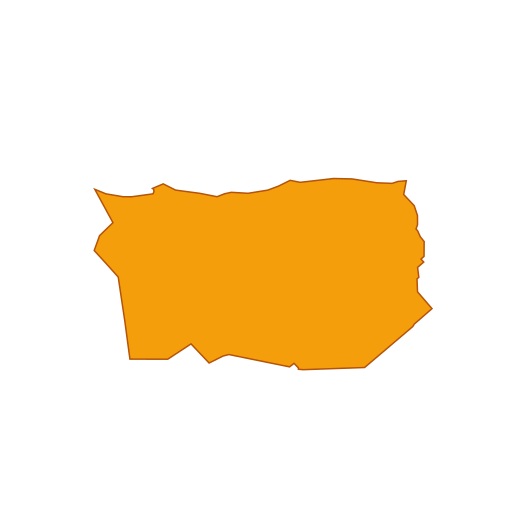 Orange, California, United States of America, rotated 139°
{"feature_id": "52423323B24970459595653", "entity_name": "Orange", "entity_type": "district", "adm_level": 2, "iso_a3": "USA", "parent_name": "United States of America", "parent_adm1": "California", "projection": "mercator", "projection_center": [-117.816, 33.667], "detail": "fine", "context": "isolated", "style": "filled", "palette": "amber", "viewbox_px": 512, "rotation_deg": 139, "n_neighbors": 0, "source": "geoboundaries", "source_scale": "gbopen_adm2", "svg_char_len": 960}
<svg xmlns="http://www.w3.org/2000/svg" viewBox="0 0 512 512"><g transform="rotate(139 256 256)"><path d="M247.2,100.6L184.0,99.9L181.1,100.8L162.2,100.8L157.7,100.8L157.6,123.0L149.5,133.1L147.1,133.1L141.5,141.4L133.4,141.4L133.5,145.4L129.4,145.5L119.6,156.6L119.4,162.7L117.5,168.9L117.5,171.4L113.5,173.7L107.6,180.6L103.6,190.1L104.2,205.5L93.2,214.2L99.9,219.1L105.6,221.5L116.7,231.9L131.8,249.8L133.0,251.2L146.5,263.5L174.3,282.6L180.6,290.7L193.2,294.0L203.9,298.0L220.8,308.5L232.9,320.3L238.9,323.6L246.5,326.3L257.4,340.3L270.9,355.6L273.5,358.6L278.7,371.3L289.8,374.9L289.5,373.5L290.8,371.5L293.0,370.5L311.0,382.3L317.5,388.0L328.5,401.4L333.9,412.1L342.1,375.0L360.7,374.0L374.5,366.3L374.0,346.6L373.8,330.5L398.0,292.5L418.8,260.9L390.3,236.0L362.7,232.3L361.6,206.0L358.9,205.3L346.4,202.1L341.1,199.4L303.4,150.3L297.7,150.0L297.4,143.8L298.3,142.7L294.9,139.2L247.2,100.6Z" fill="#f59e0b" stroke="#b45309" stroke-width="1.5"/></g></svg>